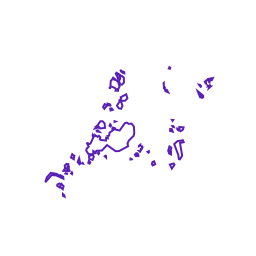 Sulu, Sulu, Philippines, rotated 154°
{"feature_id": "2640588B7308386302326", "entity_name": "Sulu", "entity_type": "district", "adm_level": 2, "iso_a3": "PHL", "parent_name": "Philippines", "parent_adm1": "Sulu", "projection": "natural_earth1", "projection_center": [120.931, 5.941], "detail": "fine", "context": "isolated", "style": "outline", "palette": "violet", "viewbox_px": 256, "rotation_deg": 154, "n_neighbors": 0, "source": "geoboundaries", "source_scale": "gbopen_adm2", "svg_char_len": 5973}
<svg xmlns="http://www.w3.org/2000/svg" viewBox="0 0 256 256"><g transform="rotate(154 128 128)"><path d="M161.8,135.4L161.0,136.5L160.5,135.8L161.1,136.7L162.0,136.4L161.8,137.5L162.1,136.6L162.9,137.0L163.4,136.1L163.1,136.5L163.2,135.6L162.7,135.8L162.5,135.6L162.5,135.4L168.6,130.4L170.7,130.8L170.4,131.4L170.9,132.2L171.6,132.1L171.5,128.4L174.2,127.6L175.5,125.9L174.9,121.8L171.6,120.1L170.1,120.7L169.3,122.5L168.8,121.7L169.6,120.8L167.9,120.1L166.3,121.4L161.4,119.2L154.3,121.8L149.3,112.6L146.1,111.2L136.0,111.6L135.1,114.5L132.8,116.3L126.4,118.5L124.6,120.7L122.1,126.6L122.8,130.3L125.5,131.4L126.9,133.5L128.7,133.7L136.6,129.4L139.7,131.9L139.9,133.8L141.6,135.1L142.3,134.3L141.4,133.8L142.6,133.5L141.1,133.4L141.1,132.8L146.7,131.9L148.2,129.5L150.1,129.8L150.6,127.6L152.0,128.7L153.3,126.4L157.9,129.3L158.2,130.3L156.9,131.9L157.5,133.7L159.2,133.3L159.9,134.8L161.8,135.4ZM95.2,77.1L91.5,79.3L87.8,91.8L84.2,90.8L84.0,92.9L89.3,94.5L93.5,93.3L94.6,81.9L95.9,77.7L95.2,77.1ZM119.9,167.1L117.3,169.1L117.1,171.8L116.2,172.4L117.8,176.3L120.5,178.8L122.8,177.9L125.5,173.3L122.3,169.9L122.0,168.3L119.9,167.1ZM148.6,138.2L147.0,142.4L147.8,145.1L149.8,146.2L154.3,143.7L153.1,139.7L148.6,138.2ZM208.3,110.7L207.6,112.6L209.6,115.4L210.4,115.2L212.4,118.2L217.0,121.5L222.5,119.3L226.1,115.5L217.0,119.2L213.2,116.7L208.3,110.7ZM115.5,174.2L115.9,170.4L114.4,169.6L111.7,170.6L109.7,175.2L110.4,177.1L112.7,177.9L113.3,175.8L115.5,174.2ZM118.5,153.8L115.5,155.0L114.9,159.1L121.1,158.8L121.3,157.2L123.6,156.7L123.7,155.8L118.5,153.8ZM125.7,148.3L123.3,150.3L122.7,154.2L123.8,155.6L128.1,153.0L127.7,149.8L125.7,148.3ZM202.1,115.7L199.4,115.1L199.1,117.0L200.2,116.8L200.9,118.2L197.5,121.7L199.0,122.7L201.4,121.9L202.2,119.4L204.8,117.8L202.5,116.6L201.0,117.3L201.3,116.2L200.0,115.9L199.7,115.2L202.1,115.7ZM173.8,114.9L171.3,117.2L171.3,118.4L171.9,119.5L175.4,119.8L176.3,117.1L173.8,114.9ZM100.9,85.4L99.3,88.8L100.0,87.7L100.5,88.3L100.7,87.2L101.1,87.2L100.9,90.6L100.0,88.4L97.7,91.4L98.8,93.3L101.8,90.0L102.2,87.0L100.9,85.4ZM106.4,72.3L102.3,74.6L102.5,76.1L106.4,76.8L106.4,72.3ZM82.0,102.0L79.3,102.5L77.8,104.2L81.4,106.4L82.7,103.1L82.0,102.0ZM140.8,155.6L137.7,157.2L135.6,157.0L138.5,159.7L141.2,157.8L140.8,155.6ZM190.4,123.7L189.9,124.5L190.5,124.4L190.5,124.7L188.4,126.4L189.6,128.9L192.2,126.4L190.4,123.7ZM115.0,180.0L115.7,174.2L113.9,176.1L113.7,177.1L112.9,178.1L112.9,178.3L112.8,178.9L112.5,179.3L112.4,180.1L114.1,182.5L115.1,182.3L115.1,181.0L114.2,182.2L113.6,180.6L115.0,180.0ZM213.5,101.6L211.4,103.9L212.3,106.8L214.9,104.8L213.5,101.6ZM215.7,104.8L213.3,106.2L213.8,108.1L216.2,108.2L217.0,107.2L215.7,104.8ZM122.1,83.5L119.5,83.5L119.1,86.6L120.8,86.7L122.4,85.1L122.1,83.5ZM188.2,119.5L187.5,116.6L187.1,116.7L186.8,116.9L186.1,118.4L185.2,122.2L188.2,119.5ZM48.2,122.6L47.2,122.7L47.1,123.0L46.9,123.0L46.3,124.2L49.2,130.6L49.4,128.9L48.5,128.2L48.1,125.8L47.1,125.3L46.9,123.1L47.9,122.9L48.4,123.8L47.6,124.2L47.4,124.1L48.6,125.4L49.3,124.6L48.2,122.6ZM89.4,105.1L89.1,107.7L90.5,108.6L91.5,107.0L89.4,105.1ZM31.8,134.2L29.9,135.7L33.9,136.8L33.4,135.1L31.8,134.2ZM76.3,142.5L76.4,145.1L77.8,146.8L78.2,144.7L76.3,142.5ZM131.0,98.2L130.3,99.8L130.9,101.9L130.8,99.6L131.3,99.1L133.0,99.6L132.4,101.4L133.5,101.0L133.4,99.4L131.0,98.2ZM38.6,133.8L38.6,135.0L38.1,134.5L37.6,135.3L38.2,134.9L38.4,135.4L34.8,136.8L38.5,136.0L38.7,134.2L39.4,134.3L38.6,133.8ZM136.0,151.4L133.7,151.0L134.1,152.9L135.5,153.2L136.0,151.4ZM178.2,112.8L177.1,113.4L177.5,115.7L179.0,114.1L178.2,112.8ZM37.8,128.4L35.4,129.1L36.6,129.7L35.5,129.4L35.7,130.6L37.5,130.1L36.8,129.8L36.8,129.5L37.8,128.4ZM215.1,94.1L214.8,95.7L215.4,97.2L216.2,95.5L215.1,94.1ZM127.6,101.4L124.0,103.7L123.4,104.4L123.1,105.1L123.0,105.9L124.9,103.3L125.1,103.5L125.6,103.6L127.0,101.9L128.0,102.4L127.6,101.4ZM154.7,141.4L155.5,143.4L157.8,142.1L156.0,141.8L156.1,142.5L154.7,141.4ZM133.8,155.2L133.9,157.3L135.4,158.6L135.5,158.0L133.8,155.2ZM107.4,178.8L106.9,179.9L107.4,180.6L107.7,180.1L107.2,179.9L107.3,179.3L108.5,180.1L109.3,183.7L109.5,182.0L108.8,180.2L107.4,178.8ZM155.4,137.1L156.1,139.1L157.3,139.4L157.5,138.7L155.4,137.1ZM143.1,137.1L142.3,137.5L142.7,138.8L142.0,138.0L142.3,139.2L143.6,138.1L143.1,137.1ZM64.3,162.9L63.7,163.6L64.2,164.5L65.2,163.6L64.3,162.9ZM49.3,124.8L48.2,126.0L48.4,127.1L48.5,127.5L48.8,127.7L48.7,128.1L49.2,128.4L49.4,126.9L48.7,127.5L48.3,126.3L49.1,125.7L48.8,126.6L49.1,126.5L49.3,126.8L49.5,126.8L49.3,124.8ZM202.3,112.8L203.8,114.7L204.2,114.5L202.3,112.8ZM44.7,133.2L44.4,133.2L44.1,133.4L44.0,134.0L44.3,134.2L44.1,133.4L44.4,133.2L44.6,133.3L44.4,135.2L45.2,135.8L44.7,133.2ZM120.4,96.8L119.6,97.2L119.4,98.1L120.9,98.0L120.4,96.8ZM78.1,148.3L77.2,148.3L77.3,149.9L78.1,148.3ZM166.0,117.5L165.0,117.9L164.9,119.3L166.0,118.7L166.0,117.5ZM112.9,178.3L111.5,178.3L112.4,179.9L112.4,179.3L112.9,178.3ZM139.6,98.6L138.3,98.2L138.3,98.5L139.2,99.4L139.6,98.6ZM198.5,111.1L197.9,111.7L197.9,112.7L199.0,112.1L198.5,111.1ZM86.4,108.7L86.4,109.8L87.3,110.3L87.2,109.4L86.4,108.7ZM34.9,133.3L34.8,133.2L34.7,133.4L34.8,133.6L34.3,134.0L34.2,134.7L34.7,136.3L34.9,133.3ZM122.5,166.9L120.6,165.8L120.4,166.2L120.8,167.5L122.5,166.9ZM160.7,111.1L160.0,112.7L160.1,112.9L161.3,112.8L160.7,111.1ZM124.5,106.6L124.1,107.6L125.5,107.4L126.0,107.1L126.2,106.8L124.5,106.6ZM127.6,172.3L125.8,171.3L126.6,172.2L127.6,172.3ZM198.9,118.9L198.2,118.9L197.8,120.4L198.9,118.9ZM84.8,114.9L84.0,115.4L84.9,115.9L84.8,114.9ZM132.3,101.5L131.3,100.2L131.6,100.6L131.3,100.6L131.3,100.8L131.2,100.9L131.2,101.0L132.3,101.5ZM84.0,104.6L83.5,105.6L83.9,106.0L84.3,105.4L84.0,104.6ZM38.2,132.2L37.6,130.5L37.6,130.8L38.2,132.2ZM137.4,139.4L136.4,139.3L137.1,140.0L137.4,139.4ZM170.6,120.1L169.4,119.9L170.0,120.6L170.6,120.1ZM185.0,116.4L184.1,115.7L184.1,116.6L185.0,116.4ZM76.4,152.7L77.2,150.5L76.1,152.8L76.4,152.7ZM119.3,179.7L119.9,179.3L118.9,178.9L119.3,179.7Z" fill="none" stroke="#5b21b6" stroke-width="2"/></g></svg>